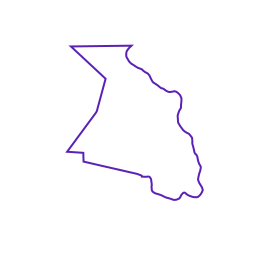 the district of Mason, West Virginia, United States of America, rotated 136°
{"feature_id": "52423323B68405193247376", "entity_name": "Mason", "entity_type": "district", "adm_level": 2, "iso_a3": "USA", "parent_name": "United States of America", "parent_adm1": "West Virginia", "projection": "equal_earth", "projection_center": [-82.067, 38.752], "detail": "fine", "context": "isolated", "style": "outline", "palette": "violet", "viewbox_px": 256, "rotation_deg": 136, "n_neighbors": 0, "source": "geoboundaries", "source_scale": "gbopen_adm2", "svg_char_len": 1532}
<svg xmlns="http://www.w3.org/2000/svg" viewBox="0 0 256 256"><g transform="rotate(136 128 128)"><path d="M100.7,55.0L100.2,56.0L97.9,59.5L97.4,61.4L97.5,63.2L97.2,64.1L94.7,68.2L92.6,72.1L91.0,73.7L88.8,76.3L88.4,78.6L88.2,81.5L89.0,83.7L89.3,84.9L89.6,86.1L89.8,88.0L89.2,92.8L88.3,96.7L87.5,97.9L83.8,102.3L82.6,103.1L79.0,104.9L75.9,105.7L73.7,107.9L71.0,110.1L69.6,111.5L68.8,112.5L67.7,115.5L67.7,118.2L68.0,120.3L69.0,122.2L71.6,123.8L73.1,125.0L73.8,126.0L74.6,127.8L75.3,131.8L76.2,133.2L76.6,134.3L77.1,138.5L77.6,140.8L78.2,143.3L78.1,144.5L77.5,146.7L76.1,150.9L75.9,153.4L76.8,156.1L77.2,158.2L77.3,160.7L79.1,164.5L79.7,166.7L80.4,170.1L80.8,171.3L81.0,172.6L81.0,175.0L80.1,178.8L79.6,180.5L78.3,182.1L76.5,183.6L75.1,184.3L72.0,184.8L68.3,184.8L112.4,226.3L109.9,179.0L138.7,161.8L140.3,161.3L188.3,153.2L177.4,141.2L183.3,134.7L172.6,118.2L153.3,88.6L151.3,84.4L151.8,83.3L151.3,83.0L149.8,81.2L146.8,78.6L146.5,77.9L146.5,77.3L146.9,75.2L148.9,72.6L149.3,71.9L150.9,70.1L151.8,69.5L153.8,67.0L154.1,66.7L154.5,65.2L153.9,62.3L152.3,59.6L150.7,56.4L149.2,52.1L146.9,48.2L145.1,44.6L144.2,43.7L142.8,42.7L140.2,41.7L138.1,42.0L137.7,42.3L135.9,42.8L134.2,43.0L133.3,42.9L132.7,42.7L132.3,42.3L132.0,41.8L131.8,39.6L131.6,38.4L130.7,36.1L129.5,33.8L128.5,32.3L126.6,30.4L125.3,29.8L122.5,29.7L119.9,30.3L117.5,31.3L116.8,32.3L116.0,34.0L114.9,39.0L114.0,41.2L113.4,42.3L111.4,43.8L108.7,45.6L105.9,47.0L103.3,48.8L102.6,49.6L102.2,50.5L101.7,52.8L100.7,55.0Z" fill="none" stroke="#5b21b6" stroke-width="2"/></g></svg>